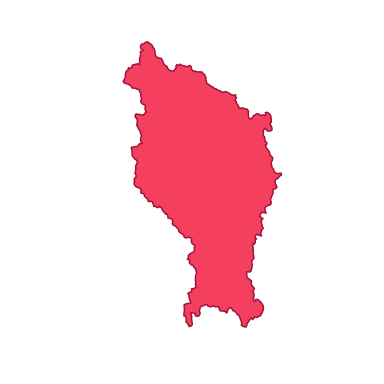 outline of Cunha, São Paulo, Brazil, rotated 127°
{"feature_id": "56859067B27501626478816", "entity_name": "Cunha", "entity_type": "district", "adm_level": 2, "iso_a3": "BRA", "parent_name": "Brazil", "parent_adm1": "São Paulo", "projection": "natural_earth1", "projection_center": [-44.92, -23.055], "detail": "fine", "context": "isolated", "style": "filled", "palette": "rose", "viewbox_px": 384, "rotation_deg": 127, "n_neighbors": 0, "source": "geoboundaries", "source_scale": "gbopen_adm2", "svg_char_len": 6011}
<svg xmlns="http://www.w3.org/2000/svg" viewBox="0 0 384 384"><g transform="rotate(127 192 192)"><path d="M299.3,118.8L299.6,116.7L301.1,113.2L299.5,112.0L297.4,112.1L293.7,115.9L292.0,117.0L290.8,118.3L289.4,120.0L287.8,118.2L287.1,116.1L288.8,115.0L288.0,112.9L286.8,112.0L285.4,112.0L283.9,112.5L282.5,114.6L280.9,115.1L279.3,116.0L277.3,115.7L276.3,114.7L274.4,113.5L272.9,112.6L273.5,110.3L272.4,107.8L270.4,106.9L269.8,104.5L267.7,102.0L269.9,98.3L269.0,96.4L267.9,94.8L267.4,93.4L267.8,91.8L266.7,91.5L264.4,92.6L262.4,92.3L261.0,91.0L261.3,89.6L262.1,88.1L261.7,86.7L261.6,85.0L262.0,83.3L262.7,81.9L262.0,80.3L263.4,78.4L265.5,75.0L266.9,73.2L268.6,72.5L268.6,70.4L268.1,68.9L267.0,67.6L265.3,68.0L264.2,68.9L260.8,68.8L259.6,68.9L258.5,69.1L257.2,68.9L257.3,66.8L255.7,66.6L254.5,66.8L253.4,65.8L252.9,64.4L251.6,63.8L250.2,63.7L249.3,62.7L247.5,63.4L245.9,63.4L244.7,63.9L243.4,64.0L242.0,64.8L239.8,67.1L238.6,70.4L238.2,74.3L239.2,76.2L241.6,76.3L241.1,78.3L239.2,79.1L237.8,80.0L236.5,80.6L235.7,81.7L234.9,83.3L233.1,83.9L231.5,84.2L231.1,85.8L230.7,88.0L229.7,89.2L227.1,91.2L227.3,92.9L227.0,94.3L227.4,96.5L224.9,98.6L223.9,99.6L222.7,100.2L221.9,98.9L220.6,97.3L219.5,97.4L215.3,99.2L213.7,100.2L212.4,101.7L210.7,103.0L207.9,102.5L206.6,103.6L203.7,106.8L202.3,107.4L197.7,111.6L196.3,112.3L196.1,110.9L194.4,111.0L193.3,111.8L192.1,112.8L190.6,112.3L190.5,114.0L188.7,114.9L186.7,115.0L186.5,113.3L185.9,111.7L185.3,110.2L184.1,111.8L182.6,112.6L181.2,113.2L178.0,113.4L177.0,115.4L175.8,116.5L175.0,118.0L172.1,119.7L170.6,119.4L170.7,121.1L170.6,123.3L169.4,123.8L168.1,123.8L166.2,124.2L164.3,120.3L162.7,122.5L161.5,123.8L160.1,124.3L157.4,123.6L155.9,122.1L154.3,121.7L153.2,122.1L152.3,122.9L150.9,124.7L149.5,125.2L146.3,126.1L144.7,126.4L143.4,126.9L142.4,128.2L140.9,128.6L139.3,127.5L137.6,126.9L136.5,127.6L135.9,128.7L135.3,130.5L133.8,131.6L132.6,132.8L131.4,132.6L129.1,131.4L127.6,131.7L126.2,131.4L124.6,130.8L123.3,132.0L124.4,133.4L125.8,134.5L126.3,136.1L126.4,138.3L125.1,139.9L124.5,141.4L124.2,142.9L122.2,145.0L121.1,146.5L119.4,146.7L118.3,147.0L116.9,147.6L115.9,148.5L115.9,150.1L115.0,152.3L113.5,154.4L112.6,156.3L112.5,158.1L111.5,160.0L110.6,161.5L108.9,161.0L107.7,161.7L107.4,163.8L106.2,165.7L104.3,167.1L104.0,169.0L99.5,172.3L98.0,172.0L96.9,171.5L97.6,170.0L97.9,168.2L95.5,165.7L94.2,165.5L92.7,166.8L91.7,168.5L91.0,170.1L89.9,171.0L88.7,170.7L87.3,171.7L85.9,172.5L85.6,173.8L84.2,174.3L83.3,176.1L82.9,178.4L83.3,180.1L84.4,181.1L85.3,180.1L86.8,179.5L87.5,181.5L89.4,182.7L89.5,185.3L90.3,187.2L92.6,188.1L94.1,188.8L95.4,188.6L97.0,188.6L98.4,189.0L98.6,191.0L97.7,192.6L96.0,193.7L95.0,194.5L93.6,195.4L92.8,197.6L93.1,199.0L94.3,200.3L94.1,201.9L96.9,204.6L95.8,205.8L95.0,207.6L94.6,209.5L92.9,211.5L92.7,213.2L90.0,213.2L89.6,214.6L88.2,215.7L90.0,217.4L90.8,219.1L90.6,220.7L91.1,223.5L91.7,225.8L93.5,227.0L94.4,229.2L94.3,230.8L95.2,232.7L95.1,235.0L96.1,236.6L95.5,237.9L96.1,239.4L96.0,241.7L96.2,244.3L96.1,246.1L94.8,247.4L93.9,248.5L92.1,249.8L91.7,251.1L90.8,252.1L90.7,254.6L90.1,256.1L91.3,258.0L93.1,260.2L93.5,262.3L94.9,263.7L94.3,265.8L93.4,267.4L92.4,268.1L92.1,269.8L95.1,271.4L95.5,273.0L96.4,274.9L97.0,276.8L97.1,278.4L98.8,278.7L99.3,280.7L101.1,280.7L102.2,279.4L103.5,279.4L105.1,279.5L106.3,279.3L107.3,280.5L108.2,282.4L108.2,284.7L107.7,286.2L106.7,287.6L107.1,290.6L105.6,293.5L104.6,294.9L103.8,296.9L104.7,298.6L105.4,300.8L105.4,302.5L104.4,303.8L103.5,305.1L101.8,306.2L100.3,308.6L99.7,310.7L98.8,312.4L98.7,314.5L98.8,316.0L98.8,317.9L101.2,319.5L103.0,319.9L104.4,321.3L106.2,321.1L107.6,319.9L108.5,318.4L108.0,316.4L109.6,316.6L111.0,317.7L112.5,316.3L114.4,315.1L115.5,314.6L116.8,314.3L118.6,312.8L120.4,311.7L121.8,310.6L122.3,312.5L124.1,314.1L126.7,316.0L128.8,315.2L130.3,315.8L131.1,317.5L132.4,316.6L134.3,317.1L135.8,317.1L137.3,316.3L139.0,315.5L140.0,314.5L141.8,313.9L144.6,313.7L145.7,312.2L145.2,310.4L144.4,308.0L143.9,305.1L145.0,302.2L143.8,300.6L143.1,298.8L142.3,295.5L143.5,294.0L143.7,292.7L144.9,291.8L146.0,290.6L147.1,289.6L148.1,288.2L149.3,288.1L150.6,287.3L151.4,285.9L151.4,283.9L150.9,282.4L151.5,280.9L153.5,279.8L154.8,278.6L155.5,276.7L156.7,277.0L158.0,276.9L160.4,277.7L161.8,280.8L162.6,282.0L163.2,283.6L164.9,283.7L166.3,282.3L166.8,279.9L168.2,278.4L172.1,276.1L172.7,274.5L173.7,272.9L174.6,270.0L176.2,268.3L177.2,266.3L179.9,265.3L181.5,264.4L182.5,263.0L183.2,261.3L184.5,262.1L185.5,263.2L187.6,262.7L188.8,263.3L189.7,264.5L190.9,265.2L191.7,266.4L192.8,267.3L194.1,266.2L195.1,264.7L199.0,261.6L200.1,257.6L199.9,255.2L201.0,253.6L203.0,253.1L205.3,252.6L206.7,251.3L209.9,249.3L211.3,248.9L212.0,247.2L212.8,246.0L214.3,245.8L215.9,246.1L217.1,245.5L217.9,244.3L219.6,243.8L221.0,242.3L221.4,241.0L221.2,238.4L220.3,235.6L220.9,233.5L222.4,233.3L223.6,232.0L222.7,230.5L222.5,229.1L224.0,227.2L224.3,225.4L224.2,223.7L225.2,222.4L225.8,220.9L224.6,219.7L223.6,218.0L225.0,215.6L226.4,214.0L225.6,212.3L225.3,210.3L224.4,209.3L222.8,209.3L223.2,206.4L224.6,204.0L225.5,199.5L224.6,198.3L225.6,197.0L227.1,195.6L225.8,192.1L226.4,190.4L227.7,189.3L229.2,188.7L229.7,187.1L229.1,184.9L229.5,183.5L229.8,182.0L229.6,180.4L230.6,179.8L231.4,178.7L231.7,176.8L231.2,174.4L231.7,172.5L232.8,170.8L232.3,169.0L230.4,167.8L229.6,166.0L229.5,164.2L230.8,163.5L232.1,162.6L233.1,161.0L233.0,158.8L233.8,156.6L235.3,156.7L236.3,155.5L237.6,154.9L239.2,154.7L241.5,156.0L243.3,156.5L244.9,156.8L246.7,155.3L248.4,155.2L247.9,153.2L249.0,152.1L250.3,151.3L250.5,148.8L250.1,146.8L251.0,145.0L251.2,142.7L252.4,141.6L253.6,139.7L255.3,139.1L256.5,138.8L259.3,137.0L260.9,135.7L261.9,134.6L263.5,133.8L264.6,132.6L265.4,131.4L268.2,132.6L269.7,134.1L270.9,132.8L272.5,132.5L273.5,133.4L275.4,134.3L276.0,132.8L277.1,131.7L278.3,130.3L279.2,129.5L280.8,126.5L282.0,126.6L283.5,128.2L285.4,129.8L287.3,130.3L288.1,129.2L289.6,128.0L291.3,126.7L294.2,125.1L295.8,123.9L295.1,122.6L295.9,121.3L297.2,119.8L299.3,118.8Z" fill="#f43f5e" stroke="#9f1239" stroke-width="1.5"/></g></svg>